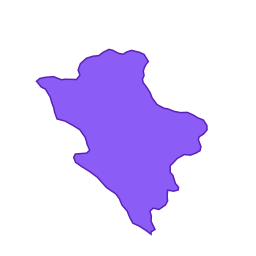 Mark, Västra Götaland, Sweden (Equal Earth projection), rotated 229°
{"feature_id": "70781695B92952656574297", "entity_name": "Mark", "entity_type": "district", "adm_level": 2, "iso_a3": "SWE", "parent_name": "Sweden", "parent_adm1": "Västra Götaland", "projection": "equal_earth", "projection_center": [12.633, 57.47], "detail": "fine", "context": "isolated", "style": "filled", "palette": "violet", "viewbox_px": 256, "rotation_deg": 229, "n_neighbors": 0, "source": "geoboundaries", "source_scale": "gbopen_adm2", "svg_char_len": 1423}
<svg xmlns="http://www.w3.org/2000/svg" viewBox="0 0 256 256"><g transform="rotate(229 128 128)"><path d="M63.9,166.0L63.6,167.5L66.2,170.9L73.0,173.4L74.7,176.0L73.9,181.0L74.7,186.4L78.2,189.2L84.6,190.1L90.2,187.2L94.9,185.8L100.9,183.0L105.2,177.7L110.3,173.7L116.3,170.6L119.3,168.1L126.6,165.3L134.8,165.9L139.9,167.8L145.5,168.7L152.3,169.2L155.3,170.9L157.1,174.6L160.9,176.8L163.1,180.5L164.3,183.9L164.8,187.0L168.9,187.7L172.9,188.4L176.8,186.7L177.0,186.7L184.3,181.6L186.3,176.7L186.9,172.7L190.7,169.8L196.8,167.4L199.8,165.2L201.5,158.7L201.8,153.4L205.2,148.6L207.9,142.4L207.8,134.4L204.5,128.4L199.4,126.4L198.4,120.9L202.1,116.9L206.1,112.5L208.1,109.4L215.6,105.5L220.6,98.7L223.3,93.8L223.3,90.8L223.3,89.6L215.9,89.4L211.5,91.2L202.3,89.6L197.3,87.2L191.9,85.2L188.1,83.0L181.4,80.4L174.6,85.0L166.2,88.1L158.4,90.5L149.3,89.6L145.6,88.1L142.9,86.6L136.5,84.6L136.1,80.4L139.8,75.4L142.9,71.2L141.5,67.7L137.5,66.3L136.5,65.9L128.7,67.9L120.3,70.5L112.9,72.1L111.2,72.5L97.3,72.7L86.2,75.6L80.4,75.1L73.7,72.9L65.9,72.9L59.8,70.8L53.1,69.2L46.7,72.1L39.2,74.3L32.7,75.7L34.5,77.3L33.7,81.8L38.5,83.1L42.4,84.2L46.2,87.8L50.9,90.1L50.9,94.5L46.2,97.9L45.3,105.7L47.0,110.1L50.4,112.4L55.1,117.1L50.4,121.0L48.3,125.2L50.0,127.2L55.1,127.4L62.8,130.8L66.7,130.8L71.8,135.0L72.2,140.6L72.7,145.1L71.1,153.0L66.6,157.3L64.4,163.2L63.9,166.0Z" fill="#8b5cf6" stroke="#5b21b6" stroke-width="1.5"/></g></svg>